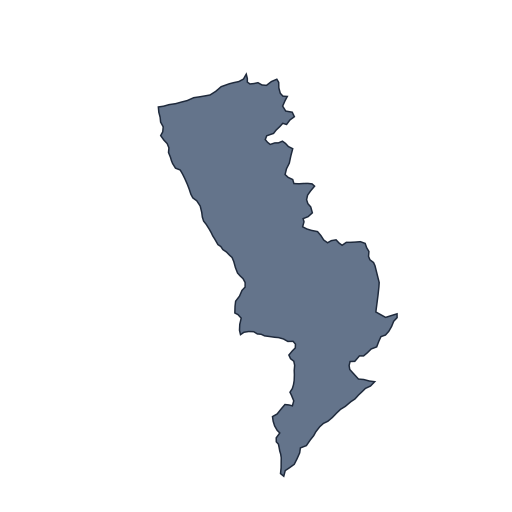 Teolândia, Bahia, Brazil (Equal Earth projection), rotated 42°
{"feature_id": "56859067B17298582971719", "entity_name": "Teolândia", "entity_type": "district", "adm_level": 2, "iso_a3": "BRA", "parent_name": "Brazil", "parent_adm1": "Bahia", "projection": "equal_earth", "projection_center": [-39.49, -13.568], "detail": "fine", "context": "isolated", "style": "filled", "palette": "slate", "viewbox_px": 512, "rotation_deg": 42, "n_neighbors": 0, "source": "geoboundaries", "source_scale": "gbopen_adm2", "svg_char_len": 3138}
<svg xmlns="http://www.w3.org/2000/svg" viewBox="0 0 512 512"><g transform="rotate(42 256 256)"><path d="M127.1,127.4L128.3,132.9L126.5,137.9L123.5,142.0L120.9,145.9L116.8,153.5L115.9,160.6L114.1,167.1L110.7,171.5L107.3,175.8L103.8,180.0L100.9,186.5L97.7,191.3L94.4,196.5L90.1,201.7L87.1,206.5L83.7,210.6L87.6,214.2L92.0,217.1L95.5,220.3L100.6,222.1L103.6,226.1L104.6,230.3L109.9,231.5L114.8,231.9L118.9,233.9L121.7,237.6L126.4,239.9L129.3,241.7L132.2,243.1L137.4,244.6L142.1,242.8L146.5,244.2L151.3,246.1L157.1,248.7L161.6,251.0L166.3,253.7L170.2,255.1L175.0,254.6L181.1,256.2L186.5,259.9L190.1,263.0L193.7,265.1L197.8,265.8L203.5,267.4L207.3,268.7L210.4,270.0L213.7,270.9L220.1,273.0L223.5,272.5L227.1,273.4L231.4,272.8L235.9,273.1L239.2,273.1L243.2,275.0L248.5,278.4L253.7,281.0L257.4,281.4L261.5,281.5L265.7,283.0L268.7,286.4L268.6,290.9L270.6,296.9L271.1,303.2L274.0,307.3L278.4,312.5L281.9,311.6L286.6,312.1L289.7,317.7L293.4,322.2L297.1,324.8L298.1,320.7L301.0,317.1L304.9,313.8L309.2,313.0L312.2,310.7L315.8,309.6L320.2,306.6L324.4,303.8L327.4,301.5L331.9,299.3L336.8,298.2L340.7,294.6L344.3,295.1L346.7,298.0L346.5,302.3L346.7,307.6L350.4,309.2L354.5,308.9L357.9,311.4L360.9,315.4L364.1,318.7L367.7,323.0L370.0,326.6L371.7,330.2L372.4,334.5L375.4,335.7L381.0,338.4L383.3,343.0L380.1,344.7L376.9,347.0L377.0,351.8L377.4,359.3L375.7,364.3L379.3,367.3L383.5,369.8L388.4,371.4L392.1,371.6L392.7,377.6L395.4,380.5L398.5,380.8L401.4,382.9L404.1,385.0L406.9,386.7L409.7,389.0L413.3,393.1L416.4,396.6L419.8,401.3L424.0,401.1L421.3,395.9L422.5,391.3L423.8,385.2L422.2,379.3L420.2,373.1L417.4,368.9L420.3,363.2L419.4,356.3L419.1,350.9L418.1,346.8L417.6,340.2L418.1,335.3L420.0,330.7L420.8,324.7L421.0,318.7L421.4,313.4L423.0,308.0L424.0,300.7L425.2,296.0L425.2,290.7L425.6,286.0L425.9,281.2L428.1,276.0L428.3,270.0L424.0,273.0L418.7,275.7L414.5,278.9L401.6,277.6L398.5,275.1L396.5,271.5L399.9,268.2L399.7,261.0L402.8,258.3L403.5,253.5L403.8,248.0L406.5,242.8L404.3,237.1L402.8,232.3L405.1,228.1L405.1,223.2L403.9,217.6L402.0,212.4L402.1,207.4L399.5,204.6L396.5,209.6L393.4,214.9L382.5,217.4L372.9,203.5L368.0,196.7L365.3,193.3L350.9,183.6L347.7,182.2L343.2,182.6L339.9,181.0L336.9,177.1L332.7,175.8L328.7,173.6L324.0,175.5L320.3,179.4L317.1,182.6L314.0,185.4L312.8,190.4L309.1,190.8L304.7,190.4L301.7,194.2L300.3,198.3L295.6,198.8L290.5,197.4L285.4,196.7L280.0,199.9L275.7,201.9L271.1,203.1L268.8,198.5L266.0,196.7L268.4,191.9L269.0,186.2L263.8,182.9L259.5,182.4L255.9,180.3L253.6,176.2L253.0,171.0L252.8,164.9L249.4,164.9L245.9,167.4L242.7,170.4L239.6,173.6L235.7,176.8L232.1,174.6L227.2,176.1L223.1,176.0L220.3,170.8L218.6,164.7L214.9,158.3L211.5,151.7L206.8,153.0L202.6,152.6L198.8,153.0L197.0,156.9L194.3,159.4L191.9,163.6L188.4,163.8L185.0,163.3L183.5,159.5L187.0,153.1L186.7,149.0L187.1,143.8L187.1,139.5L190.7,137.8L190.2,132.2L191.3,126.8L186.7,124.9L181.1,128.4L175.5,126.8L173.7,121.3L172.5,116.5L169.1,119.2L165.1,118.8L160.5,115.8L156.7,111.8L153.2,110.7L150.7,116.1L149.6,122.2L146.0,124.9L141.5,125.9L139.1,129.2L136.4,132.2L133.2,132.6L130.8,129.9L127.1,127.4Z" fill="#64748b" stroke="#1e293b" stroke-width="1.5"/></g></svg>